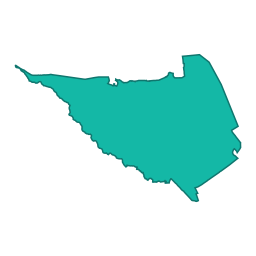 the district of Sascut, Bacau, Romania
{"feature_id": "2599482B20264955777633", "entity_name": "Sascut", "entity_type": "district", "adm_level": 2, "iso_a3": "ROU", "parent_name": "Romania", "parent_adm1": "Bacau", "projection": "orthographic", "projection_center": [27.041, 46.192], "detail": "fine", "context": "isolated", "style": "filled", "palette": "teal", "viewbox_px": 256, "rotation_deg": 0, "n_neighbors": 0, "source": "geoboundaries", "source_scale": "gbopen_adm2", "svg_char_len": 5685}
<svg xmlns="http://www.w3.org/2000/svg" viewBox="0 0 256 256"><path d="M198.3,200.6L197.3,197.4L196.1,193.9L196.5,193.6L197.7,193.3L195.0,187.8L197.8,186.9L201.6,184.7L203.8,183.1L207.2,180.8L207.8,180.3L208.0,180.0L208.3,179.9L208.8,179.6L211.6,177.6L219.3,172.3L219.6,171.8L220.8,171.2L229.6,164.8L237.8,158.3L236.8,157.5L235.5,156.1L233.7,155.0L233.2,154.3L232.7,153.3L232.6,152.6L232.7,151.6L233.1,150.5L233.6,149.4L234.4,148.8L236.4,150.9L236.8,151.6L237.2,152.6L239.6,149.3L240.6,147.5L240.5,144.3L240.5,143.1L240.6,142.8L236.0,136.9L235.1,135.6L233.5,133.7L232.1,131.8L231.6,130.3L238.1,126.3L221.2,84.5L209.1,62.2L199.5,54.7L186.1,56.0L182.5,56.3L182.6,56.9L183.0,59.6L183.3,63.4L183.4,63.6L183.9,63.6L184.2,63.6L184.1,66.7L183.5,67.8L183.7,68.1L183.8,69.4L184.2,71.6L184.2,73.2L184.6,76.2L181.9,77.8L176.0,77.9L174.6,77.8L173.3,76.2L173.1,74.9L173.2,73.4L171.7,73.1L169.9,72.4L168.9,72.9L168.8,73.1L168.6,73.2L168.3,75.0L167.7,75.5L166.8,76.4L166.1,76.7L166.4,76.9L159.3,80.0L159.0,80.2L156.7,80.3L155.3,80.5L153.5,80.5L149.2,80.9L149.3,81.2L147.6,81.1L146.8,80.9L146.5,80.5L146.0,80.8L145.7,80.6L145.1,80.5L138.6,80.5L137.3,80.9L135.2,81.2L135.0,81.6L134.6,81.2L133.7,81.2L132.0,80.8L131.9,81.1L131.5,81.2L130.7,80.8L130.3,80.8L130.0,81.0L129.6,81.0L129.5,81.3L129.1,81.4L128.4,82.0L127.7,82.2L127.3,82.5L126.9,82.7L126.7,82.7L126.3,82.5L124.8,82.7L124.2,82.6L123.9,82.8L123.4,82.4L123.2,82.5L123.0,82.3L122.3,82.0L121.5,81.3L120.6,80.5L119.5,80.0L119.3,79.8L119.1,79.8L118.8,80.0L117.6,80.0L116.3,79.5L115.8,79.2L115.8,79.3L116.0,79.5L115.6,80.4L116.5,80.8L116.6,81.1L117.6,81.8L117.7,82.7L117.9,82.9L117.9,83.1L117.5,84.6L116.7,86.1L114.3,85.3L114.5,84.4L114.5,83.9L114.0,83.8L114.0,84.4L113.8,84.7L113.6,84.9L113.6,85.7L112.6,85.7L112.2,85.3L111.1,84.8L109.8,84.5L109.0,84.1L108.4,83.9L107.8,83.5L108.4,83.0L108.6,82.5L108.6,81.9L109.3,80.9L109.0,79.1L108.3,77.0L98.8,77.0L95.1,77.5L85.2,79.3L83.3,79.1L58.2,75.5L52.8,74.8L50.8,74.4L48.6,74.8L46.5,74.9L45.5,75.0L45.0,74.9L42.8,75.0L41.6,75.3L41.3,75.3L40.7,75.1L39.9,75.3L38.2,75.1L37.6,75.3L32.9,75.3L31.3,74.9L26.6,72.1L25.7,71.3L25.3,71.2L24.8,70.7L24.0,70.1L23.0,69.8L22.5,69.8L22.3,69.5L20.2,68.4L18.6,67.2L17.8,66.8L16.7,66.0L15.8,65.5L15.4,64.9L15.7,66.9L16.5,67.5L17.2,67.7L18.1,67.7L18.9,68.1L19.4,68.1L19.8,68.4L20.4,69.2L21.2,70.7L24.1,72.5L24.4,72.8L25.0,74.0L26.0,75.1L26.4,75.8L27.4,77.1L27.8,78.0L28.4,78.7L29.1,80.3L29.2,80.9L29.3,81.0L30.2,81.1L30.7,81.4L31.1,81.5L31.7,82.0L32.0,82.2L33.4,82.3L34.0,82.1L34.5,82.3L34.8,82.4L35.5,83.0L36.0,83.1L37.4,83.0L38.9,81.9L39.7,81.6L40.3,81.6L41.0,82.1L41.3,82.7L41.6,83.7L42.5,84.6L43.0,84.9L43.3,85.1L43.7,85.7L45.0,85.8L46.5,86.4L47.7,86.7L48.9,87.1L50.8,87.4L51.6,88.1L53.0,89.0L53.3,89.4L53.9,90.7L54.2,91.1L54.9,91.8L55.9,92.3L56.3,92.7L57.4,95.5L58.6,96.3L59.7,97.9L60.1,98.2L60.9,98.2L62.0,98.9L63.2,100.3L63.7,100.6L64.5,101.4L65.7,101.7L67.0,102.5L67.9,102.6L68.3,103.2L68.6,103.9L68.9,104.4L70.0,105.3L69.6,106.4L69.2,107.7L69.3,109.0L69.4,109.3L69.7,109.7L70.2,112.4L69.9,113.0L69.3,113.8L69.0,114.2L69.0,114.6L69.2,115.0L69.6,115.3L70.8,115.5L71.1,115.9L71.6,116.0L72.1,116.3L72.9,117.4L73.3,118.4L73.1,119.1L73.4,119.5L74.4,120.1L75.5,120.4L75.9,121.1L77.0,122.0L77.9,122.2L79.1,122.3L80.0,123.0L80.6,124.4L81.5,125.5L82.1,126.6L82.0,127.8L82.1,128.5L81.9,128.8L82.0,129.6L82.1,130.0L82.8,131.1L83.4,131.3L84.0,131.8L84.6,132.0L85.0,132.4L85.4,133.1L85.8,133.2L86.2,133.4L86.4,133.6L87.1,133.9L87.9,133.8L88.5,134.3L88.8,134.4L90.4,134.2L90.8,134.7L91.3,135.1L91.5,135.6L91.5,136.0L91.0,137.4L91.0,137.7L92.3,140.2L92.7,140.6L93.2,140.7L93.8,141.1L94.0,141.1L94.4,140.7L94.9,140.6L95.4,140.7L95.9,140.9L97.2,142.7L97.3,143.3L97.8,144.5L98.0,146.4L98.5,147.5L99.3,147.9L99.5,148.2L100.4,148.4L101.8,148.9L102.4,150.0L102.9,151.9L103.1,152.5L103.4,152.7L104.0,153.0L105.0,153.2L105.8,153.2L106.5,153.0L107.6,154.2L108.4,154.6L109.5,153.4L109.8,153.2L110.3,153.1L110.9,153.4L112.2,154.7L112.7,154.9L113.4,154.9L114.3,155.5L115.2,155.9L116.1,156.8L116.3,157.7L116.9,158.2L118.5,158.7L120.5,158.9L121.2,158.7L121.6,158.8L122.0,159.2L122.4,159.9L122.5,160.5L122.5,161.5L122.6,162.4L122.8,162.7L123.7,164.3L124.2,165.1L125.6,166.6L125.7,166.8L125.9,166.9L126.7,166.4L126.8,166.3L126.9,165.3L127.0,165.2L127.8,165.6L128.8,165.6L130.1,165.9L131.5,165.8L132.4,166.0L133.1,165.8L133.9,166.0L135.1,166.8L135.2,166.7L136.7,167.5L136.9,167.1L137.2,167.2L137.0,168.1L136.6,169.1L136.7,169.3L137.2,169.3L137.5,169.4L138.1,169.3L138.3,169.4L138.6,169.5L139.1,169.9L139.3,170.6L139.8,170.9L140.2,170.8L140.5,170.9L140.6,171.1L140.8,171.6L141.1,171.8L141.3,172.1L141.6,172.1L141.6,172.5L142.4,172.8L143.0,172.7L142.9,173.1L143.1,173.5L143.3,173.6L143.5,174.1L143.6,174.7L143.9,175.0L144.0,175.8L143.9,176.1L144.1,176.7L144.5,177.3L144.5,177.6L144.8,178.1L145.3,178.4L145.4,178.8L145.5,178.8L146.3,178.8L146.4,179.0L146.7,179.1L147.0,179.4L147.1,179.8L147.9,180.2L149.3,178.5L149.7,178.4L150.1,178.6L150.6,178.3L151.3,178.5L151.6,179.0L151.8,179.2L152.5,179.5L152.8,180.3L152.8,180.9L152.7,181.5L152.7,181.9L153.1,181.9L153.2,182.1L153.7,182.0L154.0,182.1L154.7,181.9L155.9,182.0L156.0,182.1L156.3,182.0L156.7,182.1L156.8,181.8L157.0,181.7L158.8,181.1L159.7,181.4L160.6,182.0L163.0,181.6L164.3,181.5L165.0,180.7L165.3,181.1L165.7,181.3L166.2,181.4L166.1,181.8L165.7,182.0L165.2,182.1L165.3,183.1L169.2,182.9L169.3,181.9L170.0,180.2L170.8,178.8L171.0,178.2L171.0,178.4L171.8,179.4L173.8,181.4L175.6,183.3L176.5,183.9L177.7,185.5L180.1,187.8L180.6,188.6L182.1,190.2L182.4,190.5L183.7,191.1L184.0,191.7L185.3,193.2L189.7,197.9L191.7,200.2L192.2,200.5L194.8,200.8L195.6,201.2L196.4,201.3L196.8,201.3L198.3,200.6Z" fill="#14b8a6" stroke="#0f766e" stroke-width="1.5"/></svg>